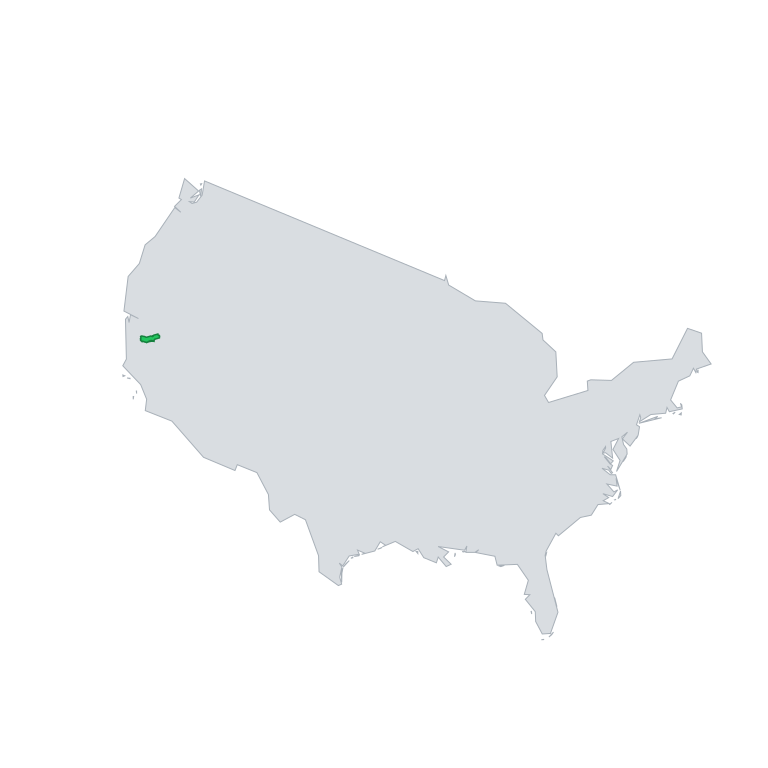 Madera, California, United States of America shown in context, rotated 29°
{"feature_id": "52423323B41205581888996", "entity_name": "Madera", "entity_type": "district", "adm_level": 2, "iso_a3": "USA", "parent_name": "United States of America", "parent_adm1": "California", "projection": "albers", "projection_center": [-119.643, 37.271], "detail": "fine", "context": "in_parent", "style": "filled", "palette": "green", "viewbox_px": 768, "rotation_deg": 29, "n_neighbors": 0, "source": "geoboundaries", "source_scale": "gbopen_adm2", "svg_char_len": 5601}
<svg xmlns="http://www.w3.org/2000/svg" viewBox="0 0 768 768"><g transform="rotate(29 384 384)"><path d="M591.8,244.0L623.8,222.4L622.5,188.2L637.1,185.6L646.9,201.5L660.4,207.9L650.1,219.4L651.2,222.8L647.0,220.2L647.5,228.6L640.1,238.8L642.4,259.0L652.0,262.8L655.4,259.7L652.6,257.2L654.6,257.9L656.9,261.2L647.0,269.9L642.9,267.3L644.5,273.0L632.2,281.3L625.7,293.2L624.8,288.9L622.7,286.9L624.6,297.3L628.2,297.5L631.1,305.6L629.3,319.0L619.1,316.4L620.3,308.1L617.6,314.9L622.9,320.8L627.9,323.2L630.6,327.4L629.8,347.8L627.5,336.4L616.0,330.2L615.6,317.9L610.3,324.3L619.9,338.0L611.1,336.7L609.1,338.3L608.9,332.6L608.1,331.3L607.6,336.0L609.0,339.2L621.8,340.1L620.9,343.9L613.9,340.8L611.8,340.8L620.4,344.3L623.4,344.4L623.8,348.8L619.3,347.4L626.9,350.8L626.1,352.1L622.3,350.4L615.5,352.0L625.8,353.7L630.6,351.1L642.2,362.5L632.7,354.0L637.4,360.3L627.4,363.4L637.4,366.9L639.7,363.3L638.5,371.6L628.6,373.8L635.6,374.4L632.3,379.8L639.0,379.4L629.6,385.7L628.9,398.2L620.5,405.5L610.1,432.2L606.7,431.2L606.8,451.3L608.0,455.7L616.5,467.4L646.8,499.3L650.5,521.5L643.6,525.9L631.8,518.2L626.7,509.8L612.0,503.8L613.7,497.6L608.7,500.0L605.4,485.7L588.1,477.1L570.8,487.6L564.5,480.9L546.0,486.9L547.2,483.0L545.1,487.2L537.2,491.6L535.0,485.5L535.1,490.3L510.1,499.9L521.9,499.5L520.0,506.4L530.1,509.1L526.9,513.5L515.3,509.1L516.5,515.0L503.0,516.6L493.7,511.5L490.5,516.5L470.2,516.2L461.5,527.2L463.7,524.3L457.2,523.8L456.9,534.5L447.0,543.9L449.2,541.3L441.3,542.1L444.8,544.9L436.9,551.3L436.1,563.1L431.7,562.3L435.9,564.5L438.9,574.4L444.0,579.6L441.8,582.4L418.2,579.7L410.0,565.9L381.1,540.8L369.1,541.3L360.2,555.1L344.9,549.6L336.5,536.7L315.8,523.1L294.8,525.7L295.6,531.9L261.7,535.6L216.5,519.3L188.1,523.0L183.8,512.4L171.5,502.5L146.7,494.7L146.6,487.1L126.5,452.7L127.2,449.2L131.2,453.8L128.7,446.3L137.5,445.8L121.2,446.3L108.1,414.0L111.6,397.2L107.6,378.1L112.3,366.0L115.5,331.1L123.0,332.3L114.7,330.2L117.4,320.9L114.5,320.8L110.0,301.0L128.3,305.1L124.5,315.3L130.5,308.2L129.8,316.8L125.4,318.8L128.6,319.2L132.0,315.8L133.4,307.0L128.6,293.4L386.8,264.2L385.5,259.1L392.6,266.1L423.6,267.0L451.1,254.5L497.8,263.1L501.7,268.4L518.7,272.6L532.0,293.8L529.9,316.2L536.9,320.4L565.5,290.8L560.4,282.9L562.8,280.1L581.2,270.6L591.8,244.0ZM638.0,282.9L643.2,278.9L626.0,294.8L639.1,279.6L638.0,282.9ZM129.8,301.8L132.2,307.3L132.0,308.2L128.7,303.9L129.8,301.8ZM443.2,578.0L438.2,569.8L437.2,564.7L438.9,569.9L443.2,578.0ZM651.8,219.2L653.1,221.7L652.0,221.7L651.8,219.2ZM494.7,514.0L495.8,515.9L493.3,514.9L494.7,514.0ZM156.3,503.3L159.1,502.1L159.3,502.5L156.3,503.3ZM153.3,502.5L152.1,504.0L151.2,502.7L153.3,502.5ZM652.3,267.4L651.7,269.8L651.1,269.7L652.3,267.4ZM437.8,559.7L437.1,564.1L439.2,555.3L437.8,559.7ZM637.3,488.6L643.2,494.9L636.5,488.1L637.3,488.6ZM171.0,510.1L172.3,512.3L170.8,510.3L171.0,510.1ZM652.2,522.0L650.9,525.4L652.5,518.8L652.2,522.0ZM645.2,366.8L644.3,370.8L642.8,363.0L645.2,366.8ZM127.4,297.2L127.4,298.8L126.4,298.0L127.4,297.2ZM445.3,546.4L441.6,549.3L445.3,545.8L445.3,546.4ZM658.0,265.1L658.9,267.0L657.0,267.5L658.0,265.1ZM171.1,516.3L172.1,519.0L170.7,516.6L171.1,516.3ZM441.0,551.1L439.5,552.5L440.6,550.5L441.0,551.1ZM631.2,330.9L630.8,336.0L630.8,329.3L631.2,330.9ZM460.7,529.3L458.5,531.6L461.6,527.8L460.7,529.3ZM608.1,453.1L609.0,456.4L607.8,454.3L608.1,453.1ZM640.1,379.4L639.5,380.4L640.8,377.0L640.1,379.4ZM577.2,484.3L574.7,487.1L573.3,487.3L577.2,484.3ZM535.8,491.4L535.4,492.2L533.6,492.7L535.8,491.4ZM623.4,511.6L624.7,513.6L622.6,511.3L623.4,511.6ZM529.2,498.7L529.4,500.9L528.1,497.3L529.2,498.7ZM647.3,530.4L645.6,531.4L647.8,529.7L647.3,530.4ZM631.3,307.2L631.1,309.7L631.1,306.3L631.3,307.2ZM642.8,372.3L642.2,373.5L641.9,373.5L642.8,372.3Z" fill="#d9dde1" stroke="#a8b0b8" stroke-width="1"/><path d="M162.0,449.9L158.9,453.0L158.9,453.9L158.6,453.9L158.6,454.3L158.2,454.3L158.2,454.9L156.9,455.0L153.7,458.2L153.2,458.4L153.1,458.5L152.4,458.5L151.7,458.5L151.2,458.7L150.9,458.8L150.6,458.9L150.4,459.0L150.2,459.1L149.7,459.2L148.9,459.4L148.2,460.1L148.1,460.4L148.6,460.7L148.7,461.0L148.8,461.2L148.9,461.6L149.0,461.6L149.2,462.0L149.0,462.3L149.1,462.7L149.4,462.9L149.6,463.1L149.7,463.3L149.9,463.2L150.1,463.4L150.1,463.8L150.4,463.8L150.3,463.6L150.5,463.8L150.9,463.9L151.0,464.1L151.7,464.0L151.6,463.9L151.8,463.8L152.0,463.7L152.1,463.9L152.3,463.6L152.5,463.6L153.1,463.4L153.4,463.3L153.5,463.3L153.9,463.4L154.1,463.2L154.4,463.2L154.6,463.2L154.9,463.1L155.0,463.0L155.3,463.0L155.5,462.8L156.1,462.9L156.3,462.9L156.4,462.7L156.6,462.5L156.6,462.3L156.8,462.0L157.0,461.9L157.0,461.7L157.2,461.2L157.5,460.9L157.6,460.7L157.9,460.7L158.1,460.3L158.1,460.2L158.4,460.3L158.4,460.5L158.5,460.4L158.6,460.0L158.6,459.9L158.8,459.8L159.1,459.9L159.2,459.7L159.3,459.5L159.4,459.4L159.4,459.2L159.2,459.2L159.1,458.9L159.3,458.8L159.5,459.0L159.6,458.9L159.7,458.7L159.8,458.7L159.9,458.8L160.0,458.9L159.9,459.0L160.0,459.1L160.0,459.3L160.2,459.2L160.2,458.9L160.3,458.8L160.6,458.7L160.8,458.5L161.1,458.7L161.3,458.6L161.2,458.5L161.3,458.5L161.4,458.4L161.4,458.2L161.5,458.2L161.7,457.9L161.8,457.9L161.7,457.8L161.7,457.7L161.8,457.4L161.8,457.2L161.7,457.0L161.7,456.9L161.8,456.8L161.8,456.7L161.7,456.6L161.7,456.4L161.8,456.4L161.9,456.2L161.9,455.9L162.1,455.7L162.6,455.1L163.1,454.7L163.8,454.0L164.1,453.6L164.9,452.9L165.2,452.6L165.0,452.3L165.0,451.9L164.8,451.7L164.7,451.2L164.4,450.9L164.2,450.6L163.8,450.5L163.5,450.4L163.2,450.5L163.0,450.8L162.7,450.6L162.4,450.4L162.2,450.4L162.1,450.0L162.0,449.9Z" fill="#22c55e" stroke="#15803d" stroke-width="1.5"/></g></svg>